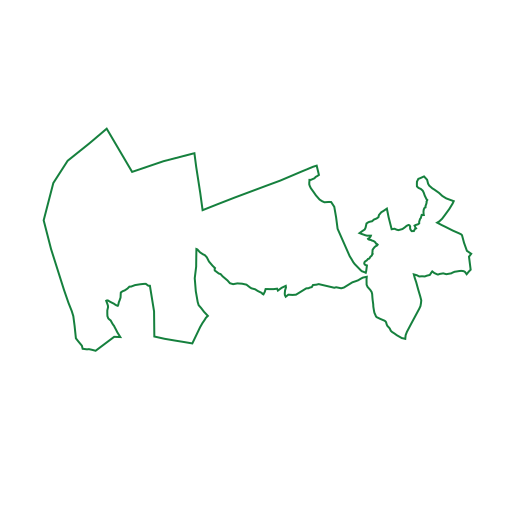 Oru East, Imo, Nigeria, rotated 96°
{"feature_id": "59680162B91755424681987", "entity_name": "Oru East", "entity_type": "district", "adm_level": 2, "iso_a3": "NGA", "parent_name": "Nigeria", "parent_adm1": "Imo", "projection": "mercator", "projection_center": [6.961, 5.722], "detail": "fine", "context": "isolated", "style": "outline", "palette": "green", "viewbox_px": 512, "rotation_deg": 96, "n_neighbors": 0, "source": "geoboundaries", "source_scale": "gbopen_adm2", "svg_char_len": 5064}
<svg xmlns="http://www.w3.org/2000/svg" viewBox="0 0 512 512"><g transform="rotate(96 256 256)"><path d="M366.4,418.7L366.5,414.3L366.1,412.4L366.4,409.6L367.0,405.6L351.2,388.6L350.8,382.5L346.3,386.0L343.8,387.6L341.6,389.1L340.3,389.9L339.2,391.0L337.9,392.0L335.3,393.8L334.3,395.4L333.5,396.4L331.3,397.5L328.5,397.9L325.6,398.2L324.0,398.0L322.3,397.8L320.8,398.1L318.8,399.0L316.2,400.3L315.7,399.5L315.7,398.6L316.3,397.4L317.1,395.5L318.3,392.3L319.0,391.1L319.6,389.8L320.0,388.3L319.1,387.9L316.4,387.6L313.9,386.9L312.4,386.6L311.8,386.4L311.0,386.4L309.2,386.5L307.4,386.6L306.4,386.6L305.0,385.0L303.9,382.9L301.8,380.4L299.7,378.7L299.5,377.1L297.6,373.3L296.2,368.1L295.5,364.8L295.2,362.7L296.8,360.0L296.7,358.4L321.7,351.6L346.7,348.7L347.9,338.3L348.6,327.2L349.0,319.8L349.6,310.2L332.5,304.1L328.2,302.2L325.3,300.6L322.6,299.3L320.6,297.6L316.9,301.9L313.5,305.1L310.9,307.9L307.8,309.2L297.3,312.2L284.5,314.6L272.8,314.4L268.7,314.8L255.3,316.0L255.6,315.0L258.2,312.1L259.9,308.8L260.5,307.0L262.4,304.8L266.4,302.2L270.3,298.1L272.3,295.5L273.1,295.8L274.7,295.5L277.3,291.2L277.7,289.3L279.7,287.1L283.3,281.8L285.8,279.1L286.4,275.8L285.2,271.7L285.0,267.0L285.5,262.5L287.8,258.8L288.6,257.2L289.2,253.4L290.6,250.6L292.1,246.5L293.1,245.5L293.4,244.6L290.6,243.5L287.9,243.0L287.1,235.0L286.3,231.6L288.1,230.6L284.9,227.1L282.6,223.3L284.1,222.9L287.1,223.5L290.2,223.5L291.8,223.2L293.4,222.2L291.1,219.8L290.9,215.6L290.3,212.2L282.9,202.6L282.6,200.5L281.8,199.2L281.1,197.3L278.9,196.3L278.2,192.9L277.4,190.7L279.4,174.8L278.7,173.0L279.2,167.9L278.2,165.3L272.1,157.4L270.5,153.9L269.5,151.9L267.4,149.1L266.3,147.4L265.1,143.7L268.1,143.6L273.0,143.0L275.1,141.8L277.8,138.8L279.8,137.2L281.7,136.5L285.1,135.9L287.6,135.4L291.7,134.4L294.2,134.0L296.8,133.3L298.9,132.7L300.1,132.3L302.7,130.8L303.3,130.5L303.7,130.2L304.2,129.6L304.6,128.5L305.5,126.0L306.3,123.4L306.8,121.7L307.4,120.5L308.3,119.7L310.1,119.0L310.9,118.6L311.8,118.0L312.6,117.1L313.4,116.1L314.3,115.3L315.3,114.7L316.3,114.1L317.3,112.8L318.6,110.2L320.1,107.6L321.1,105.3L322.4,102.4L322.5,101.1L322.8,98.9L322.4,98.9L319.1,98.9L315.7,98.0L306.7,94.4L302.3,92.6L291.3,88.1L288.6,87.2L285.6,87.0L282.9,87.0L279.1,88.4L272.1,91.3L265.4,93.9L261.3,95.8L257.8,97.1L258.3,94.1L259.3,91.5L258.8,88.8L258.7,86.0L257.7,84.0L256.7,81.2L254.2,79.9L252.9,79.1L254.3,76.9L255.4,73.6L255.3,72.7L254.7,71.6L253.7,68.0L254.2,64.8L252.8,59.9L252.1,59.0L250.9,56.8L250.4,54.8L249.7,52.3L249.3,50.2L249.4,47.9L249.9,46.6L251.2,45.4L252.1,44.6L249.2,42.7L247.2,41.1L234.4,44.1L231.3,42.2L228.8,46.8L221.1,50.5L213.8,53.3L213.0,54.3L212.2,56.5L210.2,62.8L207.2,70.7L205.8,74.6L203.9,79.3L202.4,77.3L199.5,74.8L196.0,72.7L189.1,68.7L183.2,65.9L180.8,65.1L178.8,72.9L176.8,77.0L174.1,80.6L171.3,85.6L170.3,87.7L167.9,91.1L166.1,92.4L162.3,93.8L159.3,97.2L161.8,101.5L162.3,102.6L163.4,103.0L165.2,103.7L168.0,103.5L170.0,103.2L171.3,101.5L172.1,99.1L173.6,97.0L175.5,95.8L178.3,94.5L181.8,92.3L182.4,91.5L183.6,91.9L184.2,92.1L185.1,91.9L186.9,92.2L188.4,92.6L189.9,92.5L190.2,93.1L190.7,93.5L192.1,94.0L194.1,94.1L196.4,93.8L197.7,93.4L197.8,94.0L197.8,95.5L201.1,96.1L202.0,96.7L204.8,97.3L206.5,97.1L207.6,98.3L208.4,100.3L209.2,101.5L210.9,100.5L211.8,99.7L212.6,100.8L214.7,101.6L215.0,103.8L213.5,105.2L212.1,105.7L210.4,105.8L209.4,106.6L209.2,107.6L210.3,109.4L211.9,110.9L213.9,113.2L215.4,117.1L215.1,119.0L214.4,121.1L215.2,123.9L203.5,128.2L195.2,130.8L198.0,134.1L199.4,136.0L202.4,138.0L204.6,138.3L206.1,140.0L207.4,142.5L209.3,144.2L209.9,146.1L210.6,147.7L212.1,149.5L216.4,150.0L218.3,150.7L220.3,153.1L222.4,155.4L223.1,152.9L223.5,151.2L223.9,149.6L224.2,147.7L224.0,145.9L223.8,143.9L224.6,144.1L226.1,145.0L226.7,145.8L227.2,146.4L227.5,146.2L227.8,145.6L228.0,144.5L228.0,143.5L228.5,142.4L228.7,141.2L229.0,140.3L229.4,139.5L230.2,138.5L230.8,138.2L231.4,137.6L231.4,137.0L232.0,136.2L232.7,136.6L233.2,137.1L233.8,138.1L234.9,139.1L236.5,140.1L237.7,140.7L239.5,140.6L241.3,140.6L241.7,140.2L242.2,140.6L243.1,140.8L243.7,141.1L244.4,141.8L245.0,142.3L246.2,142.8L246.7,143.1L247.0,143.7L247.3,144.4L248.0,144.8L248.9,145.5L249.5,146.3L250.2,147.1L250.8,147.4L251.9,147.6L252.5,147.4L253.2,146.9L253.4,146.3L253.7,145.4L253.8,144.7L258.1,144.8L260.0,144.9L261.2,145.1L260.9,145.9L260.3,148.2L260.1,149.1L259.2,150.4L255.7,154.6L253.7,157.0L252.0,158.6L249.1,160.7L246.4,162.8L220.4,177.7L209.1,180.4L198.9,183.3L194.5,186.9L194.6,189.0L195.4,193.5L194.6,196.0L193.2,198.7L189.4,202.8L186.6,205.2L183.9,207.6L182.9,208.5L181.0,209.7L179.3,210.5L177.5,210.7L175.8,210.7L174.7,210.8L174.6,209.5L172.6,206.0L171.1,204.9L170.0,203.3L168.8,201.9L159.8,205.1L161.3,208.6L167.4,219.8L178.5,239.8L185.1,253.2L200.0,283.1L208.5,299.6L216.0,313.9L199.3,318.0L173.6,324.8L160.2,328.0L171.4,357.9L185.3,388.0L145.0,417.8L161.2,433.3L181.0,453.3L204.6,465.2L242.7,470.9L270.4,460.6L309.8,443.4L322.2,437.6L330.0,433.5L334.9,431.4L344.5,429.1L354.4,427.0L356.7,426.5L359.5,423.8L363.4,419.8L366.4,418.7Z" fill="none" stroke="#15803d" stroke-width="2"/></g></svg>